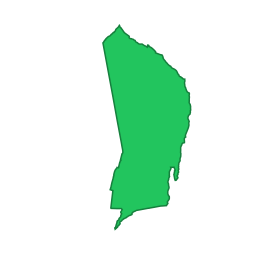 San Pablo del Monte, Tlaxcala, Mexico, rotated 320°
{"feature_id": "50627088B8898417046672", "entity_name": "San Pablo del Monte", "entity_type": "district", "adm_level": 2, "iso_a3": "MEX", "parent_name": "Mexico", "parent_adm1": "Tlaxcala", "projection": "albers", "projection_center": [-98.142, 19.161], "detail": "fine", "context": "isolated", "style": "filled", "palette": "green", "viewbox_px": 256, "rotation_deg": 320, "n_neighbors": 0, "source": "geoboundaries", "source_scale": "gbopen_adm2", "svg_char_len": 5737}
<svg xmlns="http://www.w3.org/2000/svg" viewBox="0 0 256 256"><g transform="rotate(320 128 128)"><path d="M201.5,124.2L201.2,123.2L201.2,122.8L201.3,122.7L200.7,121.8L200.7,121.7L200.7,121.4L200.7,120.9L201.1,119.8L201.0,119.5L201.0,119.2L201.1,118.2L201.2,117.9L201.4,117.4L201.8,115.7L201.8,114.9L201.7,114.2L201.4,112.9L200.9,111.8L200.3,110.5L200.2,109.9L200.2,109.7L200.3,109.4L200.3,109.2L200.1,108.1L200.3,108.0L199.7,106.4L199.6,105.4L199.5,104.7L199.5,104.2L199.6,103.7L199.4,102.2L199.5,101.1L199.6,99.9L199.5,99.6L199.6,98.1L199.7,97.4L199.9,97.0L200.1,96.8L200.1,96.3L200.4,96.0L200.8,95.3L200.8,94.7L200.8,94.4L200.9,94.2L201.0,93.9L200.3,93.1L199.6,92.1L197.4,88.1L198.1,87.5L198.1,87.3L198.0,87.0L198.0,86.8L198.2,86.2L198.1,85.7L198.0,84.3L197.9,83.8L197.9,83.6L197.8,82.9L197.7,82.3L197.3,80.8L196.8,79.8L196.4,79.0L197.0,78.2L196.8,77.6L196.4,77.2L196.1,77.6L195.7,77.9L195.2,78.3L194.6,78.5L194.4,77.0L194.1,76.5L193.6,75.7L193.0,73.7L192.9,73.1L192.7,72.7L192.1,72.2L191.5,71.8L191.1,71.5L190.8,71.2L190.5,70.7L190.2,70.0L190.1,69.8L190.1,69.3L190.1,68.9L190.0,68.5L189.6,68.0L189.5,67.5L189.4,67.2L189.4,66.3L189.7,65.6L189.6,65.2L189.4,65.0L189.1,64.3L189.0,63.4L188.6,62.8L188.2,62.4L188.0,61.8L187.7,61.4L187.3,61.1L187.1,60.8L187.0,60.4L186.9,59.7L187.1,59.3L187.7,58.8L187.8,58.4L187.8,58.1L187.8,57.7L187.6,57.3L187.0,54.9L186.4,52.3L186.6,51.8L186.6,51.1L186.8,49.2L186.9,47.7L186.9,47.0L187.0,46.7L186.9,46.6L186.9,46.1L186.8,45.4L186.9,45.0L187.3,44.3L187.4,44.0L187.4,43.8L186.1,44.3L185.2,44.5L182.7,44.6L182.3,44.6L181.5,45.0L181.1,45.2L180.5,45.5L179.9,45.6L179.5,45.6L179.0,45.5L178.9,45.5L178.7,45.8L178.3,45.6L177.9,45.4L177.0,45.6L176.6,45.6L176.2,45.7L175.6,45.5L175.3,45.7L174.9,45.6L173.9,45.8L173.1,45.8L172.4,45.5L171.9,45.4L171.2,45.3L169.9,45.4L169.5,45.4L168.3,45.5L168.2,45.6L167.8,45.7L167.6,45.9L167.5,46.0L167.2,45.8L166.9,45.8L166.7,45.9L166.2,45.9L165.9,46.0L165.2,46.5L164.8,46.4L164.6,46.6L163.5,46.7L160.9,51.3L136.7,94.1L123.6,117.0L121.7,120.4L113.4,135.1L111.7,138.0L109.9,141.2L108.5,143.3L107.5,143.9L106.8,144.1L106.7,144.0L101.5,147.8L101.8,148.2L100.5,148.6L100.2,148.9L99.7,148.9L99.6,149.0L95.2,152.3L94.3,151.2L94.1,151.4L92.9,151.6L91.5,151.9L91.0,152.1L89.8,152.7L87.5,154.3L87.0,154.8L86.9,155.1L86.2,155.5L85.9,155.8L85.6,155.9L85.5,156.1L85.1,156.2L85.0,156.5L83.4,157.6L80.6,159.5L78.1,161.4L77.3,162.1L74.7,163.8L75.3,164.8L75.6,165.4L76.2,166.2L63.4,178.3L63.4,178.7L67.5,182.4L71.1,185.4L71.0,185.7L71.0,186.0L71.2,186.4L71.2,186.7L70.7,186.8L70.2,187.2L69.1,187.5L68.5,187.7L68.3,188.0L68.0,188.3L68.1,189.5L67.7,189.8L66.8,190.1L66.4,190.3L65.8,190.9L65.2,191.3L64.2,191.5L63.2,191.5L62.5,191.9L62.0,192.6L60.7,192.3L59.7,192.4L59.5,192.6L59.3,193.0L58.8,193.2L58.4,193.6L57.8,193.9L57.1,194.4L56.5,194.7L55.7,195.4L55.1,195.7L54.6,196.0L53.8,196.0L53.5,196.3L53.5,196.6L53.1,197.3L54.5,197.3L55.3,197.2L56.1,197.2L56.4,197.2L57.1,196.6L57.4,196.6L58.3,196.8L58.6,196.7L59.2,196.4L59.9,196.4L60.2,196.4L60.4,196.3L60.5,196.1L60.8,195.3L61.1,194.9L61.3,194.8L61.6,194.8L62.0,194.9L62.9,195.0L63.6,195.0L64.1,194.8L64.3,194.8L64.8,194.8L65.5,194.9L65.8,194.8L66.0,194.8L66.4,194.7L67.0,195.1L67.7,195.2L68.5,195.3L68.8,195.5L69.2,195.6L69.6,195.5L69.9,195.5L70.2,195.5L70.8,195.7L71.3,195.6L71.7,195.7L72.6,195.8L72.8,195.9L73.0,196.1L73.3,196.2L73.5,196.3L73.9,196.3L74.2,196.4L74.7,196.7L75.4,196.8L75.6,196.7L75.8,196.2L76.5,195.8L77.0,195.9L77.5,195.7L77.8,195.7L78.1,195.7L78.5,195.8L78.9,195.9L80.1,196.3L80.9,196.4L81.6,196.6L84.2,198.1L91.1,202.0L92.0,202.5L92.3,202.8L94.0,203.7L95.0,204.3L96.9,205.4L102.6,208.6L104.5,210.0L107.6,212.2L108.0,212.0L108.9,211.6L109.6,211.6L110.1,211.4L110.2,211.2L110.4,210.2L110.7,209.8L111.3,209.6L112.1,209.6L112.8,209.2L113.2,209.2L113.9,208.9L114.7,208.2L115.2,207.5L115.6,207.0L115.6,206.0L115.9,204.7L116.2,204.0L117.3,202.6L118.0,201.9L119.0,201.3L120.2,200.7L120.7,200.4L121.4,199.7L121.5,199.5L121.7,199.1L121.9,198.5L122.1,198.2L122.3,198.0L122.6,197.5L122.9,197.1L123.1,196.6L123.4,196.3L123.5,195.5L123.7,195.0L124.9,194.2L126.4,193.3L126.7,192.8L127.7,192.3L128.7,191.8L128.8,191.1L129.4,190.7L130.0,189.9L130.7,189.1L131.3,188.3L132.1,187.8L133.7,187.2L134.9,186.6L135.4,185.5L138.1,187.7L137.7,188.5L137.2,190.3L137.0,190.7L136.7,190.7L136.4,190.7L136.1,190.7L135.7,191.5L135.1,191.6L134.5,192.3L134.1,192.6L133.4,193.0L133.1,193.3L133.0,193.7L132.6,194.2L132.1,195.2L131.3,196.5L130.7,197.9L130.5,198.5L131.1,198.9L131.7,198.9L132.2,198.5L133.2,198.6L133.8,198.4L134.3,198.1L134.5,197.7L134.8,196.3L135.4,195.9L136.1,195.9L136.5,195.6L136.8,195.0L137.2,194.7L137.9,194.6L138.4,194.3L139.0,193.3L139.3,192.6L140.1,192.4L140.4,192.2L140.8,191.6L141.1,190.8L141.6,190.5L142.0,190.2L142.3,189.5L143.7,188.3L144.3,187.6L145.0,187.2L146.2,186.9L147.0,186.4L147.5,185.7L148.1,184.9L148.9,184.5L150.2,183.6L151.1,182.6L152.1,181.5L152.4,180.7L154.5,178.4L154.9,177.8L155.5,177.2L156.1,176.5L157.0,176.1L157.5,175.8L158.2,175.6L158.7,175.2L159.6,174.7L160.2,174.7L161.1,175.2L161.8,175.5L162.6,174.6L163.3,173.6L164.1,172.5L165.4,171.8L166.4,172.0L166.9,170.9L168.0,170.0L171.8,168.0L174.3,166.6L175.2,166.0L176.6,164.9L177.4,163.7L178.1,162.9L179.0,162.4L179.4,161.3L179.9,159.4L180.5,158.6L181.3,158.0L182.5,157.3L184.5,157.2L185.1,156.6L186.0,156.0L186.7,154.9L187.5,154.6L188.6,153.1L189.9,151.6L190.7,150.0L191.1,147.9L192.3,146.7L193.4,145.3L195.0,143.7L195.6,142.5L197.0,141.3L197.4,140.5L197.1,140.1L196.6,138.6L196.8,137.4L197.4,135.5L198.2,133.7L198.1,133.0L199.1,131.6L200.3,129.7L201.3,128.9L201.8,128.6L202.5,127.5L202.6,127.4L202.9,127.1L202.3,126.5L202.1,126.2L201.8,126.0L201.8,125.6L201.7,125.2L201.8,124.9L201.8,124.6L201.5,124.2Z" fill="#22c55e" stroke="#15803d" stroke-width="1.5"/></g></svg>